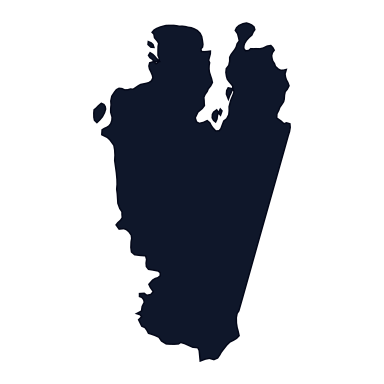 Curuçá, Pará, Brazil (Albers equal-area conic projection)
{"feature_id": "56859067B29190348828298", "entity_name": "Curuçá", "entity_type": "district", "adm_level": 2, "iso_a3": "BRA", "parent_name": "Brazil", "parent_adm1": "Pará", "projection": "albers", "projection_center": [-47.873, -0.754], "detail": "fine", "context": "isolated", "style": "filled", "palette": "ink", "viewbox_px": 384, "rotation_deg": 0, "n_neighbors": 0, "source": "geoboundaries", "source_scale": "gbopen_adm2", "svg_char_len": 4115}
<svg xmlns="http://www.w3.org/2000/svg" viewBox="0 0 384 384"><path d="M154.0,61.5L149.7,62.8L148.9,66.0L149.5,69.0L150.8,71.5L152.4,75.3L152.9,77.8L151.5,80.8L148.9,82.6L146.4,83.3L140.6,84.5L138.3,85.8L135.8,87.5L133.1,89.3L130.5,89.0L127.8,89.8L124.7,89.9L121.9,88.6L119.0,88.3L116.4,89.7L114.5,92.1L111.8,96.2L110.8,101.0L111.1,104.8L110.7,108.8L110.7,112.3L112.1,117.1L111.9,120.4L110.7,123.8L108.9,126.0L106.7,127.4L104.4,128.4L102.1,129.8L101.8,134.7L107.3,137.4L109.9,139.8L113.9,145.3L114.7,150.0L115.0,155.2L114.7,160.5L116.4,172.8L117.0,179.5L117.1,184.4L116.7,189.2L117.3,193.9L117.9,203.3L119.8,208.5L122.0,211.8L122.0,214.6L122.3,217.6L120.6,220.2L117.9,222.6L116.1,224.9L119.1,229.1L123.8,228.6L126.4,229.6L128.9,231.7L131.3,235.1L131.7,238.3L131.1,242.0L130.9,247.5L131.5,252.0L134.6,254.7L140.0,255.4L145.6,255.8L146.6,259.4L146.1,263.1L146.4,266.6L148.5,269.3L152.4,269.9L158.1,271.0L160.2,272.6L160.3,275.7L157.9,277.7L155.2,278.5L152.6,280.1L148.9,284.3L150.4,287.5L153.3,291.6L150.8,294.5L146.8,295.3L144.2,293.3L139.5,293.6L139.5,296.5L141.9,297.4L143.7,299.7L144.3,302.3L142.2,306.4L141.5,311.0L139.1,312.3L136.6,313.6L140.1,314.7L141.6,316.8L138.6,319.7L141.8,326.2L144.9,327.5L146.9,330.2L148.5,333.3L150.9,334.0L154.9,335.4L158.9,337.2L161.5,341.0L166.2,343.9L169.6,344.1L174.2,344.2L178.5,343.9L180.7,342.4L184.7,343.6L192.7,347.2L197.8,347.7L199.2,350.5L200.2,361.0L205.3,359.1L209.4,358.3L213.9,359.6L217.6,358.0L219.8,354.8L221.1,352.4L222.9,350.0L226.8,345.0L229.9,342.0L233.5,340.2L236.6,338.3L239.1,335.7L238.0,330.8L237.1,327.6L236.4,323.1L236.3,317.6L237.1,313.4L238.8,310.9L242.3,298.7L244.6,290.5L258.9,239.6L271.4,195.4L282.7,155.4L284.0,150.8L288.3,135.4L289.5,131.6L290.2,127.4L289.9,123.8L286.4,122.8L284.0,123.8L281.1,121.1L276.7,118.0L276.9,113.8L278.8,110.1L279.7,107.5L282.3,103.7L283.6,101.6L284.2,99.2L284.5,94.9L285.2,91.7L287.2,89.3L289.0,85.8L287.8,82.4L286.4,79.9L285.5,77.2L285.0,73.9L286.3,69.5L283.5,70.2L280.8,70.3L278.3,69.1L275.4,66.4L274.4,63.5L272.7,61.0L272.0,58.3L271.6,55.7L272.4,52.7L274.2,50.2L272.8,47.6L270.8,45.5L267.2,46.1L263.1,48.1L259.9,48.8L255.9,48.7L253.4,48.8L250.7,48.7L248.7,50.5L245.5,50.8L243.7,48.4L243.9,45.7L244.6,43.3L246.5,40.3L249.2,37.3L251.8,35.1L253.2,32.0L254.8,29.7L254.0,26.9L251.7,25.0L249.1,23.8L246.5,23.0L243.0,23.7L239.0,25.5L236.6,27.7L235.3,30.4L237.6,33.7L238.6,37.6L239.3,40.9L237.2,43.7L236.1,47.3L234.7,49.7L232.8,52.2L231.1,54.5L229.7,57.3L229.7,61.2L228.8,65.4L226.3,68.6L225.9,72.4L226.5,76.3L227.3,79.1L228.8,81.2L231.0,83.8L232.8,86.1L232.7,88.8L234.1,91.8L233.1,94.7L230.7,100.5L229.1,106.7L229.2,110.7L228.8,114.7L226.7,118.8L223.8,121.0L222.0,125.7L220.9,128.7L219.1,130.8L215.7,131.0L212.5,127.5L211.0,125.2L209.8,122.8L207.2,120.6L203.5,122.4L199.3,123.4L196.5,121.9L195.2,117.8L197.9,112.1L202.2,108.5L204.4,105.6L204.2,103.1L204.1,100.4L203.8,97.4L205.0,94.5L207.2,91.4L208.2,88.9L210.7,85.8L212.4,82.5L211.6,79.0L210.5,75.7L209.4,72.2L209.0,68.9L209.1,65.7L209.6,62.7L208.6,60.3L209.3,57.6L210.3,53.8L210.4,51.1L207.2,51.5L204.1,51.7L201.4,51.5L200.9,48.9L202.5,47.1L202.9,44.4L202.4,40.5L201.7,36.6L200.1,33.3L197.3,30.5L194.3,28.9L191.2,27.7L188.2,27.3L185.4,26.6L182.2,26.2L179.3,26.3L176.8,25.8L173.7,25.4L169.5,25.4L166.0,25.5L163.6,26.1L160.3,27.0L156.6,28.5L154.1,30.0L152.1,32.3L153.9,34.1L154.5,37.7L157.2,40.9L158.7,43.3L158.1,46.4L158.0,51.1L158.0,55.4L159.1,58.0L159.4,61.4L156.1,63.8L154.0,61.5ZM99.7,119.9L102.4,116.7L104.5,112.7L105.6,109.1L105.2,106.6L103.9,104.5L101.3,103.3L98.3,105.9L96.2,108.1L94.1,109.8L93.8,113.1L93.9,117.4L94.5,120.3L96.9,122.6L99.7,119.9ZM218.5,112.8L216.7,109.8L213.6,112.1L212.4,114.4L212.2,117.8L213.6,120.4L215.6,122.0L217.0,119.0L217.5,115.1L218.5,112.8ZM159.4,61.4L156.4,58.4L154.6,56.2L152.8,54.4L150.1,52.7L148.5,55.4L149.9,57.6L152.4,59.3L154.0,61.5L159.4,61.4ZM232.7,88.8L228.2,87.8L226.7,90.5L226.4,94.1L228.4,99.2L229.6,95.8L230.8,93.4L232.7,88.8ZM153.0,44.6L151.2,42.9L148.3,41.6L148.0,44.5L150.9,47.2L153.9,47.4L153.0,44.6ZM218.5,112.8L220.5,115.2L222.0,110.9L220.3,109.0L218.5,112.8Z" fill="#0f172a" stroke="#020617" stroke-width="1.5"/></svg>